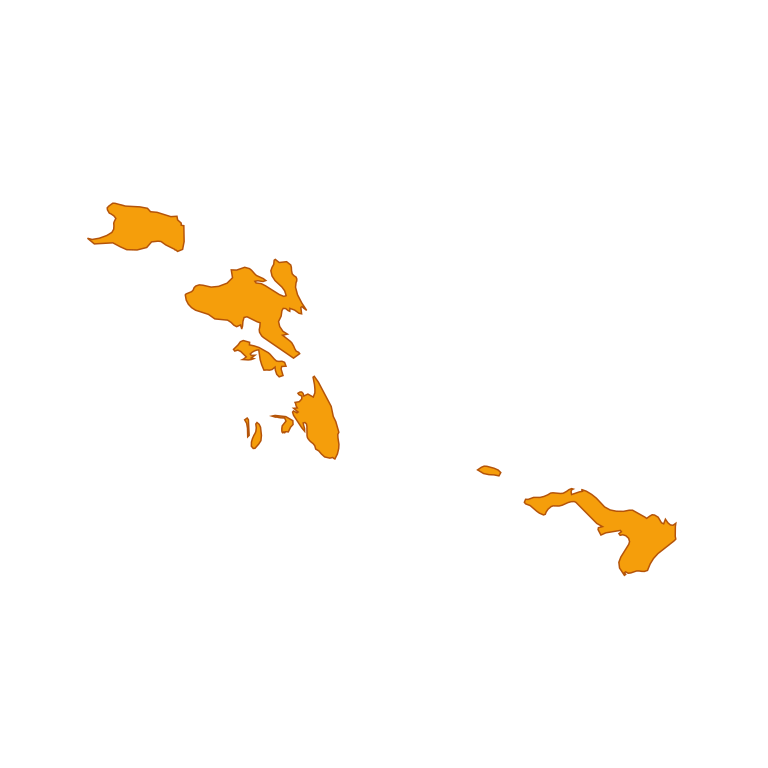 map outline of Ionioi Nisoi (Natural Earth projection), rotated 144°
{"feature_id": "GRC-2883", "entity_name": "Ionioi Nisoi", "entity_type": "Region", "adm_level": 1, "iso_a3": "GRC", "parent_name": "Greece", "parent_adm1": "", "projection": "natural_earth1", "projection_center": [20.478, 38.738], "detail": "fine", "context": "isolated", "style": "filled", "palette": "amber", "viewbox_px": 768, "rotation_deg": 144, "n_neighbors": 0, "source": "natural_earth", "source_scale": "10m", "svg_char_len": 5234}
<svg xmlns="http://www.w3.org/2000/svg" viewBox="0 0 768 768"><g transform="rotate(144 384 384)"><path d="M478.6,573.9L475.2,572.8L472.3,570.2L466.9,564.0L460.4,560.2L451.7,557.8L444.1,559.0L440.5,566.1L436.3,562.8L428.1,560.3L425.0,556.4L424.3,553.9L423.8,548.7L423.4,546.7L419.7,540.2L418.8,537.2L421.6,538.0L425.4,541.7L428.1,543.0L428.1,540.9L424.4,537.5L422.2,533.2L416.1,517.9L413.5,513.7L411.2,513.0L409.6,517.8L409.6,522.4L411.4,531.7L411.1,537.2L409.0,542.1L406.0,544.2L402.9,545.6L400.1,548.7L398.7,548.7L397.4,543.9L390.9,540.2L389.5,535.1L390.4,532.8L392.2,530.0L393.5,527.1L393.2,524.6L392.3,522.2L392.8,520.2L394.1,518.6L395.5,517.8L398.7,514.3L401.5,507.0L402.9,497.8L403.3,489.0L404.5,493.0L404.8,494.8L406.3,494.8L409.4,489.2L411.2,491.2L412.9,496.4L415.7,500.5L417.5,498.2L418.4,499.8L419.2,502.8L421.1,504.4L423.4,503.4L427.3,499.4L432.6,496.5L434.6,491.8L434.8,486.1L432.8,481.1L437.4,483.1L434.7,473.6L434.4,471.5L434.8,467.8L435.5,464.8L435.7,462.2L434.4,459.8L434.4,458.1L442.0,458.1L454.2,492.5L454.7,494.8L454.3,499.0L453.0,501.3L450.8,503.3L448.2,506.3L450.0,508.8L455.3,518.9L458.1,520.1L461.3,517.6L464.4,514.0L466.9,512.1L466.4,513.0L465.8,515.0L465.3,516.1L469.5,517.0L470.9,519.9L471.5,523.7L473.0,527.6L482.6,536.1L485.1,543.5L493.1,554.5L494.8,558.9L495.4,563.5L494.7,568.1L492.4,572.9L491.2,573.2L485.4,571.8L483.3,572.1L480.9,573.6L478.6,573.9ZM334.2,188.2L335.2,191.2L337.2,199.7L339.9,203.8L340.0,205.8L337.2,207.5L335.2,205.9L329.6,204.3L324.4,200.5L320.7,199.0L316.8,198.1L313.3,197.8L311.3,196.7L305.6,191.7L303.3,190.3L299.5,189.8L296.4,189.8L293.7,189.1L292.7,187.8L294.4,188.1L295.9,187.0L297.2,184.3L289.4,181.9L286.5,180.5L286.4,181.2L286.2,182.3L286.3,182.7L283.3,178.3L280.9,172.6L279.3,166.8L277.8,154.9L275.1,149.2L270.8,144.5L265.1,140.2L259.9,137.8L257.1,135.8L251.1,122.8L250.5,120.9L246.6,120.9L243.9,120.6L242.1,118.9L240.5,115.1L241.1,108.6L239.9,106.5L235.8,109.2L235.9,104.8L235.1,101.6L233.2,99.8L229.8,99.8L232.0,97.5L237.9,89.6L239.1,87.0L241.2,86.6L262.0,85.8L268.6,84.4L274.4,82.0L280.4,78.3L283.5,79.3L285.6,80.9L287.4,82.7L289.6,84.3L295.4,86.1L297.7,87.4L298.9,90.0L300.4,90.0L300.4,87.9L302.0,87.9L301.6,96.7L298.8,101.7L294.1,104.8L280.3,110.4L278.0,112.1L276.8,115.4L277.5,119.0L279.4,121.7L281.9,122.8L281.9,124.9L278.8,124.9L278.8,126.6L292.0,133.2L297.3,134.3L296.4,140.4L295.0,141.7L291.1,140.2L293.8,146.1L298.3,175.5L299.2,177.1L301.8,178.8L304.8,179.9L311.1,181.2L314.1,182.4L318.8,186.0L320.8,186.6L324.8,186.3L328.1,185.1L330.1,183.8L331.9,184.3L334.2,188.2ZM516.7,650.0L520.4,657.6L536.0,667.6L538.2,676.2L535.2,672.5L528.7,669.3L521.1,667.1L515.0,666.6L511.7,668.1L509.6,670.6L508.1,673.0L506.5,674.1L503.6,675.6L503.7,678.8L504.9,682.1L505.8,683.7L505.4,687.4L504.4,689.2L501.9,689.7L497.2,689.7L495.5,688.4L488.6,679.9L477.4,670.8L472.1,665.2L471.6,660.6L466.7,656.3L458.1,644.7L452.9,641.4L454.5,638.1L453.5,633.4L454.7,631.6L452.9,629.7L462.0,616.7L467.8,611.3L473.1,612.6L473.3,613.4L473.3,614.1L474.3,615.4L474.2,616.0L478.8,624.8L480.6,630.3L482.9,632.4L488.5,635.6L495.7,633.9L505.0,637.6L513.2,643.9L516.7,650.0ZM445.1,417.5L443.0,420.3L440.6,424.4L437.4,431.2L435.9,431.2L436.0,424.1L439.9,396.9L444.1,387.6L445.1,381.9L448.9,371.5L451.1,370.3L452.9,367.5L455.9,361.7L458.6,358.4L462.8,354.8L467.8,352.2L468.3,353.2L468.7,354.7L471.4,355.9L474.9,359.9L475.8,364.2L476.1,368.2L477.5,371.5L476.3,374.8L476.4,377.5L477.1,379.8L477.5,381.9L477.6,384.4L477.4,385.8L476.6,387.5L471.3,395.0L470.2,397.3L470.6,399.3L472.3,400.0L473.3,397.8L474.4,394.7L476.0,392.4L476.3,396.6L475.6,411.8L474.5,415.0L473.1,415.4L471.4,411.8L469.9,411.8L470.3,413.1L471.4,417.5L470.5,416.9L468.2,415.6L468.0,417.7L467.6,418.9L467.1,419.8L466.8,421.4L463.0,419.5L459.4,420.2L457.6,422.4L459.1,425.4L459.1,427.1L456.7,426.9L455.3,425.9L455.0,424.0L455.9,421.4L451.5,420.6L448.9,415.0L445.1,417.5ZM474.5,481.1L477.3,481.9L479.7,483.3L484.0,486.9L482.9,486.7L479.5,486.9L480.8,494.5L482.3,497.3L485.4,498.4L485.4,500.5L479.1,501.4L475.4,502.6L472.3,501.9L468.2,496.7L469.9,494.8L466.6,491.1L463.6,486.9L459.2,477.3L458.7,475.1L458.1,468.7L457.5,465.8L455.8,464.1L453.2,462.4L451.7,460.0L452.8,456.0L456.4,458.3L458.4,456.7L460.7,450.2L464.6,451.4L465.1,454.9L463.8,459.0L462.2,461.7L466.0,461.5L468.5,462.5L470.5,464.2L473.0,465.8L471.6,471.6L469.9,476.4L465.3,485.2L467.0,486.2L469.3,486.9L471.9,487.2L474.6,486.9L474.6,485.2L471.5,483.1L476.1,483.1L474.5,481.1ZM526.2,407.8L527.7,408.7L527.9,411.6L525.4,414.9L522.6,417.1L519.3,419.0L517.4,419.8L515.6,420.9L513.1,423.6L511.2,427.0L509.4,427.5L508.7,424.8L509.3,421.6L513.4,414.4L516.9,410.5L520.8,409.0L526.2,407.8ZM345.0,242.1L348.4,245.8L352.4,249.0L356.1,253.1L358.8,259.5L354.2,259.4L351.3,258.7L349.1,256.9L344.5,251.2L342.2,247.3L341.6,243.7L345.0,242.1ZM493.7,404.2L494.6,404.1L494.7,405.2L493.9,406.6L492.7,408.2L490.9,410.0L485.1,411.6L484.4,414.9L487.5,417.4L489.3,419.2L489.7,419.9L491.4,421.1L493.5,423.9L490.6,422.6L482.6,415.3L479.3,407.9L481.4,404.7L484.9,404.0L489.6,401.5L490.8,402.6L491.8,403.3L492.9,402.9L493.4,403.2L493.2,404.1L493.7,404.2ZM525.3,421.4L520.4,428.5L518.2,433.0L517.8,436.9L514.7,436.9L514.7,434.8L523.3,421.7L525.3,421.4Z" fill="#f59e0b" stroke="#b45309" stroke-width="1.5"/></g></svg>